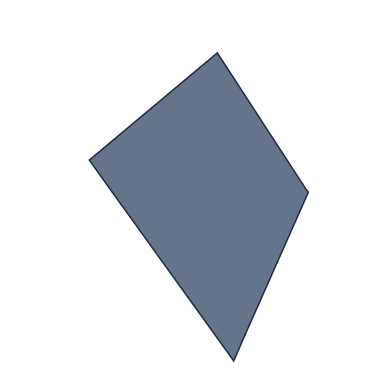 outline of Al Ghayl, Al Jawf, Yemen, rotated 294°
{"feature_id": "15242507B85587651128626", "entity_name": "Al Ghayl", "entity_type": "district", "adm_level": 2, "iso_a3": "YEM", "parent_name": "Yemen", "parent_adm1": "Al Jawf", "projection": "robinson", "projection_center": [44.71, 16.09], "detail": "fine", "context": "isolated", "style": "filled", "palette": "slate", "viewbox_px": 384, "rotation_deg": 294, "n_neighbors": 0, "source": "geoboundaries", "source_scale": "gbopen_adm2", "svg_char_len": 681}
<svg xmlns="http://www.w3.org/2000/svg" viewBox="0 0 384 384"><g transform="rotate(294 192 192)"><path d="M179.4,85.2L169.8,101.5L163.8,111.7L157.3,122.8L146.8,140.8L143.8,146.0L124.8,178.5L116.6,192.6L56.5,295.7L54.6,298.8L63.8,298.8L75.4,298.6L231.9,298.4L233.6,298.4L238.7,298.4L239.1,298.4L240.7,295.3L257.7,269.1L258.2,268.4L268.4,252.6L285.2,226.6L285.9,225.7L287.8,222.6L288.2,222.1L294.1,213.0L299.7,204.4L303.8,198.0L304.8,196.4L307.1,192.9L311.6,186.0L329.4,158.5L325.2,156.5L299.9,144.1L293.7,141.1L283.7,136.2L277.6,133.2L273.0,130.9L272.1,130.5L270.2,129.6L256.9,123.1L254.7,122.0L235.0,112.4L179.4,85.2Z" fill="#64748b" stroke="#1e293b" stroke-width="1.5"/></g></svg>